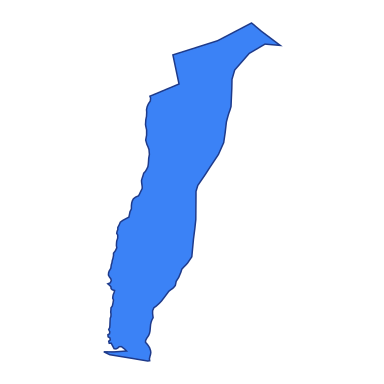 Maranhãozinho, Maranhão, Brazil (Natural Earth projection)
{"feature_id": "56859067B901254953540", "entity_name": "Maranhãozinho", "entity_type": "district", "adm_level": 2, "iso_a3": "BRA", "parent_name": "Brazil", "parent_adm1": "Maranhão", "projection": "natural_earth1", "projection_center": [-45.993, -2.425], "detail": "fine", "context": "isolated", "style": "filled", "palette": "blue", "viewbox_px": 384, "rotation_deg": 0, "n_neighbors": 0, "source": "geoboundaries", "source_scale": "gbopen_adm2", "svg_char_len": 2527}
<svg xmlns="http://www.w3.org/2000/svg" viewBox="0 0 384 384"><path d="M103.8,351.8L109.7,354.7L132.3,358.4L137.5,359.3L139.9,359.7L147.7,361.0L149.7,360.7L149.4,358.8L150.0,356.2L150.5,354.5L150.8,352.6L150.6,350.8L149.6,347.8L148.3,345.7L147.2,344.2L145.5,342.3L145.6,340.5L146.7,338.3L148.6,335.5L149.5,333.3L150.0,331.0L150.6,324.4L151.2,321.9L152.0,319.7L153.1,317.7L152.6,313.7L152.6,310.7L153.9,307.7L156.1,306.2L159.5,303.1L161.5,301.0L164.7,296.8L168.8,291.3L170.8,289.7L172.3,288.7L173.5,287.7L175.3,285.5L176.2,281.3L177.6,279.1L178.7,277.4L180.9,272.1L181.8,269.2L183.7,267.1L186.1,264.7L187.6,263.0L191.8,256.8L193.5,238.9L194.8,228.8L195.8,219.6L196.0,194.9L196.0,191.4L197.8,185.4L205.4,174.3L209.9,167.3L218.4,154.5L223.7,142.6L225.2,132.4L226.4,121.9L227.3,118.5L228.3,114.9L228.9,113.0L230.0,110.0L231.0,106.6L231.8,88.5L232.0,79.3L232.6,77.2L234.7,70.0L249.2,53.4L265.0,44.1L280.2,45.4L261.3,31.2L255.6,26.4L254.2,25.1L251.5,23.0L217.6,40.7L213.9,41.9L172.9,54.9L179.0,84.0L149.9,96.2L150.6,98.1L150.3,101.1L148.8,103.2L148.0,104.7L147.1,106.9L146.5,109.8L146.7,112.2L146.5,116.4L145.8,119.8L145.5,124.6L145.8,126.3L146.6,129.9L146.6,132.8L146.6,135.2L146.1,137.8L145.7,140.1L146.9,144.4L148.0,146.8L149.0,149.6L149.2,152.1L149.4,154.4L148.7,158.3L148.5,161.6L148.3,164.2L147.9,166.7L146.7,169.2L145.4,171.4L143.7,173.2L143.2,175.0L142.0,178.7L141.5,180.5L141.6,182.3L142.2,186.6L142.2,188.5L141.4,190.1L140.5,191.9L139.3,194.5L138.4,195.9L135.6,197.1L133.4,198.8L132.3,200.9L131.7,203.0L131.4,205.7L131.4,208.9L130.0,211.7L129.4,214.7L128.9,217.1L125.7,218.8L122.9,220.3L121.6,221.2L120.3,222.2L119.3,224.6L117.8,227.5L117.8,229.6L117.1,231.3L116.7,233.4L117.7,235.0L117.7,238.1L116.7,241.1L116.5,243.3L116.4,245.6L116.8,247.8L115.3,250.9L113.5,253.2L113.5,255.5L112.9,258.6L112.3,260.4L111.9,262.9L111.3,264.7L110.8,268.3L109.2,271.0L108.6,272.7L108.4,275.0L109.4,276.9L110.8,278.8L111.3,280.6L110.2,282.9L107.8,283.8L109.8,285.5L110.9,286.8L111.1,288.6L112.3,289.8L114.6,290.5L114.1,292.6L113.3,294.4L112.9,296.2L112.7,298.2L113.5,300.0L113.0,303.0L112.3,306.1L111.0,307.8L110.9,310.1L110.7,312.1L111.0,314.0L110.9,316.5L110.2,318.3L110.1,320.6L110.0,322.5L109.9,325.4L109.7,327.6L108.7,329.5L109.8,331.8L109.5,333.8L107.9,334.7L108.1,336.8L109.9,337.9L110.3,339.9L108.7,341.2L109.2,343.3L111.2,343.2L112.6,345.9L114.1,348.7L115.9,348.9L117.7,348.1L119.2,346.7L121.4,346.6L123.6,348.3L124.9,349.3L126.5,351.0L114.1,351.9L112.4,351.9L103.8,351.8Z" fill="#3b82f6" stroke="#1e3a8a" stroke-width="1.5"/></svg>